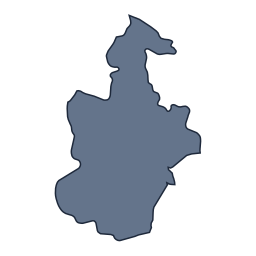 outline of Tianjin
{"feature_id": "CHN-1816", "entity_name": "Tianjin", "entity_type": "Municipality", "adm_level": 1, "iso_a3": "CHN", "parent_name": "China", "parent_adm1": "", "projection": "robinson", "projection_center": [117.372, 39.408], "detail": "fine", "context": "isolated", "style": "filled", "palette": "slate", "viewbox_px": 256, "rotation_deg": 0, "n_neighbors": 0, "source": "natural_earth", "source_scale": "10m", "svg_char_len": 4034}
<svg xmlns="http://www.w3.org/2000/svg" viewBox="0 0 256 256"><path d="M200.2,153.0L196.3,153.4L191.7,153.9L186.7,155.4L178.7,162.0L172.8,166.9L170.6,168.0L168.2,167.3L168.5,169.7L169.4,170.4L170.7,171.7L172.2,173.1L172.8,176.1L173.7,178.6L174.6,182.2L174.8,184.6L171.3,184.4L169.8,184.2L166.8,182.7L167.0,183.9L167.2,184.2L167.5,184.6L153.9,207.1L153.3,209.6L153.1,212.1L152.8,220.1L151.2,223.1L151.0,225.6L151.4,227.6L150.6,229.5L149.5,232.4L138.6,234.9L134.8,236.4L119.8,240.6L118.1,240.4L117.3,240.1L116.7,239.8L116.0,239.4L115.0,238.5L114.6,238.0L114.3,237.4L113.7,236.1L113.5,235.5L110.9,234.5L100.5,233.7L98.1,232.0L97.4,230.6L96.0,223.2L95.5,222.2L94.9,221.5L94.1,220.9L93.3,220.8L92.5,220.8L83.1,223.2L82.1,223.3L80.9,223.2L79.0,222.9L77.9,222.5L77.2,222.0L76.8,221.6L76.2,220.8L74.7,217.7L74.0,216.8L72.8,215.9L71.7,215.3L69.2,214.6L65.5,213.4L63.3,212.0L61.6,210.4L60.0,208.2L58.7,205.9L57.6,203.3L56.2,198.7L55.6,195.8L55.4,193.3L55.6,188.4L56.3,185.1L56.6,184.3L57.1,183.0L57.4,182.4L57.6,182.0L58.9,180.5L78.5,168.5L79.0,168.0L79.5,167.4L79.9,166.7L80.3,165.7L80.5,164.8L80.5,164.0L80.4,163.2L80.2,162.5L79.9,161.9L79.6,161.3L79.2,160.8L78.7,160.3L77.3,159.7L75.1,159.0L74.5,158.7L74.1,158.5L73.7,158.1L73.3,157.7L72.8,157.2L72.5,156.7L72.1,156.1L71.9,155.5L71.4,153.3L71.3,151.7L71.4,150.1L73.5,140.8L74.4,136.7L74.3,135.3L74.1,134.8L72.7,132.8L72.0,131.2L71.7,129.7L71.5,127.6L71.3,126.5L71.0,125.6L70.2,124.0L68.3,119.5L67.9,117.8L67.6,116.6L67.2,108.7L67.3,106.0L67.9,102.1L69.5,101.3L70.0,100.9L71.0,99.8L74.8,94.8L76.9,90.9L78.4,90.7L79.9,91.0L80.3,91.1L81.3,91.6L82.6,92.5L85.5,93.8L94.2,96.2L103.7,100.0L104.5,100.1L105.4,100.1L107.0,99.9L107.6,99.7L108.2,99.3L108.8,98.8L109.3,98.0L109.9,96.7L110.3,95.1L110.9,86.3L111.4,83.9L111.8,82.5L112.2,81.7L112.4,80.9L112.5,80.0L112.2,78.7L111.8,77.9L111.3,77.3L110.8,76.8L110.4,76.2L110.3,75.5L110.4,74.6L111.1,73.6L111.8,73.0L112.5,72.6L117.3,71.0L117.9,70.7L118.5,70.3L118.9,69.8L119.0,69.0L118.6,68.1L118.1,67.6L117.4,67.2L116.6,67.1L114.9,67.2L113.1,66.9L111.5,66.4L110.9,66.1L110.4,65.7L109.9,65.3L108.6,63.7L108.3,63.1L107.7,61.8L106.7,57.6L106.4,56.1L106.5,55.1L107.1,53.5L108.2,50.9L112.9,44.3L114.1,42.3L116.4,37.0L121.8,36.0L123.1,35.5L123.7,35.1L124.1,34.7L124.7,33.9L125.3,32.8L126.6,29.6L127.0,28.7L127.3,28.3L129.4,26.1L129.9,25.4L130.4,24.5L130.7,23.7L130.8,22.8L130.6,20.5L129.2,15.4L139.4,19.4L150.7,26.8L156.1,30.9L158.0,32.9L159.3,36.2L161.0,38.3L164.5,39.3L168.3,39.7L169.9,40.1L171.8,40.9L172.4,41.6L172.5,42.3L171.4,44.0L171.0,45.1L170.9,45.8L171.5,46.8L173.4,47.7L174.1,48.3L174.7,49.3L175.8,50.5L176.0,51.0L176.1,51.7L175.7,52.7L175.2,53.3L174.8,53.7L174.3,53.9L173.5,54.0L167.8,53.4L166.1,53.5L160.8,54.3L159.3,54.4L157.9,54.1L157.2,53.9L148.9,49.2L148.0,48.9L147.2,48.8L146.4,48.9L145.7,49.3L145.0,50.2L144.8,50.7L144.9,51.3L145.0,51.9L145.9,53.7L146.4,55.6L146.6,57.2L146.5,58.5L145.1,64.9L145.1,66.1L145.1,66.8L145.5,68.3L147.3,72.1L147.8,75.3L148.0,79.7L148.3,82.4L148.9,83.0L150.0,83.8L151.2,84.5L151.7,85.1L152.1,86.0L152.8,89.9L153.1,90.6L153.4,91.2L154.0,91.7L154.6,92.0L157.5,93.1L158.0,93.5L158.5,94.3L159.0,95.4L159.6,97.4L159.6,98.6L159.5,99.6L159.1,100.2L158.7,100.8L158.3,101.6L157.9,102.5L157.6,103.8L157.8,104.7L158.3,105.2L159.0,105.6L163.0,106.8L164.3,107.5L164.9,107.9L165.4,108.4L165.8,108.8L166.9,110.6L167.4,111.0L167.9,111.3L168.6,111.2L169.2,111.0L169.7,110.6L170.2,110.0L170.6,109.4L170.9,108.8L171.1,108.1L171.2,107.4L171.1,106.7L171.1,106.1L171.4,105.5L171.9,105.1L172.6,104.8L173.3,104.7L174.1,104.8L174.9,105.0L177.6,106.4L178.3,106.7L179.1,106.8L179.9,106.9L180.7,106.9L183.0,106.4L185.4,106.2L186.4,106.5L187.4,107.1L188.8,108.5L189.4,109.5L189.6,110.4L189.6,111.2L189.5,112.0L188.1,115.6L187.9,116.6L185.9,122.7L185.7,123.5L185.6,124.5L185.7,125.7L185.9,126.6L186.3,127.5L186.8,128.2L187.3,128.7L187.9,129.1L196.6,132.7L197.4,133.3L198.2,134.1L199.5,135.6L200.0,136.6L200.3,137.4L200.5,138.9L200.6,141.3L200.0,149.0L200.0,149.6L199.9,150.3L200.2,153.0Z" fill="#64748b" stroke="#1e293b" stroke-width="1.5"/></svg>